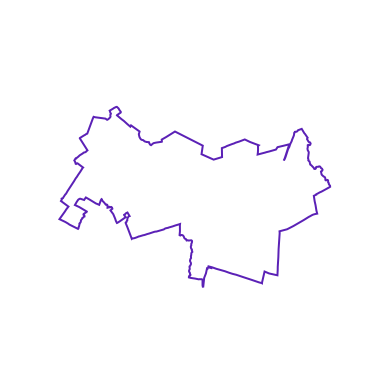 outline of Vlasinesti, Botosani, Romania, rotated 238°
{"feature_id": "2599482B22967990997973", "entity_name": "Vlasinesti", "entity_type": "district", "adm_level": 2, "iso_a3": "ROU", "parent_name": "Romania", "parent_adm1": "Botosani", "projection": "albers", "projection_center": [26.916, 47.927], "detail": "fine", "context": "isolated", "style": "outline", "palette": "violet", "viewbox_px": 384, "rotation_deg": 238, "n_neighbors": 0, "source": "geoboundaries", "source_scale": "gbopen_adm2", "svg_char_len": 6056}
<svg xmlns="http://www.w3.org/2000/svg" viewBox="0 0 384 384"><g transform="rotate(238 192 192)"><path d="M213.4,240.6L205.7,236.0L208.0,227.5L219.0,220.1L225.6,225.7L252.3,209.6L252.3,199.2L252.5,194.1L250.9,193.3L250.6,193.0L252.9,187.8L253.7,185.6L253.8,185.0L253.6,183.3L253.4,182.1L253.5,182.0L254.7,181.5L255.6,181.7L256.2,181.6L256.9,181.9L257.1,181.9L258.6,179.8L259.1,179.5L259.8,178.8L260.4,178.5L261.6,178.2L261.9,178.0L262.9,177.0L263.7,176.6L264.8,176.5L266.5,176.6L269.1,177.5L269.4,177.7L270.1,178.6L271.1,179.6L280.8,175.6L280.1,174.3L284.3,173.0L288.3,171.9L291.2,170.8L296.8,169.0L297.0,169.4L297.0,170.9L297.1,171.8L297.1,173.2L297.2,173.7L297.6,174.0L297.8,174.1L299.9,173.9L301.8,174.0L304.0,173.4L304.3,172.8L304.5,171.2L304.6,169.9L304.5,169.3L304.6,165.3L303.9,165.2L302.6,164.8L301.3,164.7L300.7,163.6L299.1,162.8L298.7,162.2L298.3,160.7L298.1,159.3L298.2,158.7L298.2,158.3L298.5,158.1L300.1,157.5L306.7,149.5L307.9,148.4L307.0,147.0L297.0,134.1L297.2,133.1L297.1,131.7L297.2,130.4L297.2,128.0L297.2,125.5L297.0,125.3L282.7,125.4L282.6,124.4L282.3,123.5L282.4,122.0L282.7,121.4L282.8,120.8L282.6,120.0L282.6,116.1L282.2,114.2L282.0,112.1L281.8,111.7L282.2,111.4L282.1,110.9L281.1,108.9L279.8,108.9L277.5,108.3L277.2,108.5L277.3,109.7L277.0,110.1L270.5,112.6L270.4,112.1L268.4,108.0L266.8,104.3L265.9,102.5L265.2,100.6L263.7,97.7L258.8,87.1L257.3,84.3L257.2,84.0L257.1,83.3L255.6,80.0L255.2,79.4L255.2,78.9L255.5,78.1L255.5,77.9L254.7,77.6L254.4,77.3L253.8,76.1L245.1,79.5L243.9,76.2L242.8,73.9L239.2,65.2L233.7,68.7L230.8,70.2L229.3,70.8L221.1,75.8L221.3,76.4L222.3,77.3L222.8,78.1L223.7,78.9L224.2,79.5L224.8,79.7L225.1,80.3L225.0,80.6L225.4,81.5L225.8,82.0L226.5,82.5L226.9,82.9L227.7,84.9L228.1,85.3L228.0,86.4L228.5,87.5L228.3,87.9L228.8,88.2L229.3,88.3L230.1,87.9L230.4,88.0L230.8,88.5L230.8,90.0L231.1,91.2L231.1,91.4L230.8,91.8L231.2,92.4L239.0,88.4L243.0,85.8L244.8,89.2L245.7,91.3L245.8,91.8L245.8,92.5L245.7,93.4L245.5,93.7L242.4,96.3L243.0,97.6L243.6,99.1L239.7,101.2L233.1,104.5L232.2,105.2L230.3,106.5L233.4,110.4L233.9,111.5L233.4,111.7L232.5,111.4L231.9,111.4L229.6,111.9L226.9,112.2L226.6,112.4L226.6,113.0L226.2,113.2L225.9,113.3L225.4,113.2L223.4,112.0L223.2,112.5L223.3,113.0L223.5,113.6L223.4,113.9L223.0,114.2L222.4,114.3L222.3,115.3L222.1,115.6L221.2,115.9L220.7,115.8L220.0,115.6L219.6,113.1L215.0,113.5L210.1,112.7L207.7,112.1L205.5,111.9L205.4,112.3L205.4,114.9L205.8,122.5L208.3,122.2L208.6,122.3L208.6,123.4L209.0,125.1L208.8,126.4L204.7,126.3L204.9,125.6L204.8,125.2L204.3,124.0L203.5,123.0L203.1,122.6L202.2,122.1L202.1,121.9L202.0,121.3L201.2,120.4L201.3,119.7L201.1,119.4L200.8,119.3L196.1,118.5L184.1,116.1L184.2,117.1L183.6,118.0L183.2,119.4L182.8,121.3L182.5,123.3L182.2,124.0L181.2,127.7L180.9,128.4L180.5,129.8L180.1,131.6L179.5,133.6L178.2,138.9L177.9,139.8L177.3,140.9L175.2,148.3L175.3,149.6L175.1,150.6L174.2,153.1L174.2,153.5L173.1,157.3L172.5,160.0L171.5,163.6L171.2,164.9L170.2,164.1L165.0,160.9L162.0,158.6L161.3,159.0L161.2,160.1L161.0,160.5L160.6,160.9L159.7,161.4L158.6,161.4L156.9,161.1L156.3,161.2L155.2,161.9L153.8,161.7L153.6,161.8L153.5,162.5L153.4,162.8L152.6,163.4L151.6,165.5L151.3,165.9L150.7,166.1L149.8,165.7L149.3,165.2L149.1,165.0L148.4,163.9L147.1,163.1L146.6,162.3L145.9,161.8L144.7,161.4L144.3,161.3L143.4,161.5L142.9,161.2L142.4,160.8L141.7,160.8L141.0,160.5L140.9,159.7L140.4,159.0L138.9,157.9L138.2,157.1L136.5,156.2L136.2,155.6L136.0,155.1L135.6,154.7L134.8,153.9L134.0,153.6L132.5,153.5L131.5,153.0L130.4,151.4L130.3,150.7L130.0,150.3L127.9,149.3L127.7,149.1L127.1,148.1L126.8,147.8L125.9,147.3L125.1,147.4L124.4,147.3L123.5,146.8L122.8,146.9L122.6,146.8L122.2,146.4L122.1,146.0L122.3,145.4L122.2,145.3L122.1,144.9L121.7,144.4L121.2,144.1L119.8,145.4L116.9,148.8L114.4,151.4L113.9,152.5L113.2,153.4L112.9,154.0L112.1,154.5L107.3,151.5L106.0,151.0L105.8,151.4L112.7,156.8L115.6,160.7L119.2,164.2L118.7,164.5L119.6,165.8L117.1,168.2L117.4,168.6L119.9,166.3L120.2,166.6L117.3,169.3L114.0,171.9L107.4,177.9L103.7,180.8L101.0,183.1L98.3,185.7L92.6,190.4L85.9,196.0L79.9,200.9L78.7,202.0L78.0,202.7L77.5,203.0L78.2,203.5L86.1,211.4L82.1,214.2L76.1,220.3L80.5,223.4L83.0,225.0L91.0,230.7L97.7,235.2L109.9,244.0L110.9,244.7L112.3,245.4L110.0,252.9L109.4,259.9L109.0,272.0L109.0,278.0L108.9,278.8L108.8,281.4L108.6,282.9L108.0,284.9L107.3,286.7L110.4,287.7L115.4,289.8L119.1,291.1L124.2,293.3L123.9,295.9L124.2,296.0L124.2,296.9L124.1,297.5L124.0,300.0L123.7,302.0L123.2,311.4L123.2,311.9L124.2,312.4L125.8,312.2L126.5,312.3L126.8,312.6L127.2,312.7L128.1,312.6L129.4,313.4L129.7,313.5L130.3,313.4L130.5,313.2L130.8,311.9L130.9,311.7L131.3,311.5L131.8,311.6L132.4,312.1L133.8,312.5L134.2,312.5L134.6,312.2L135.3,312.0L135.6,311.8L137.2,311.3L138.2,311.2L141.0,312.2L141.1,312.7L141.0,313.4L141.3,314.1L141.7,314.5L142.9,314.6L144.0,314.1L145.5,314.1L145.9,313.9L146.2,313.6L146.4,313.3L146.5,312.4L147.2,311.3L147.3,310.8L147.3,310.4L147.2,310.1L146.5,309.7L146.3,309.3L146.3,308.6L146.7,308.0L147.0,307.9L147.5,308.0L148.2,308.0L151.6,307.3L152.1,307.0L152.7,306.8L153.3,307.2L153.8,307.2L155.4,307.8L155.7,307.8L156.4,307.5L157.2,307.4L158.1,308.1L158.8,308.2L159.2,308.3L163.4,311.8L164.2,312.2L166.1,312.3L167.4,312.8L167.8,313.1L168.9,314.2L169.7,314.5L170.4,315.0L170.4,315.6L169.8,316.1L169.4,316.7L169.4,317.1L169.5,317.4L170.3,318.3L171.4,318.4L172.3,317.7L173.0,317.5L175.9,317.6L176.3,318.0L176.7,318.8L181.4,318.6L182.3,318.4L187.4,318.5L188.2,314.7L187.8,313.7L187.7,312.9L187.8,312.5L188.3,311.7L188.5,311.1L188.0,310.6L187.9,310.3L187.9,309.9L187.3,309.5L186.2,308.6L185.4,307.6L183.3,304.6L182.1,303.2L181.3,301.8L180.2,300.2L178.6,298.3L178.3,297.8L177.9,296.9L176.8,295.4L172.4,290.2L171.1,288.5L170.0,286.6L170.4,286.9L171.0,287.9L172.5,289.8L180.9,299.8L182.7,294.2L184.7,288.3L183.5,285.7L185.5,278.8L186.4,276.1L186.6,275.2L189.0,267.5L190.7,268.9L193.3,270.7L196.0,272.3L196.2,273.4L203.7,267.7L208.6,264.6L209.8,258.6L210.7,255.2L210.9,253.4L211.4,251.4L212.5,245.9L212.6,244.1L213.4,240.6Z" fill="none" stroke="#5b21b6" stroke-width="2"/></g></svg>